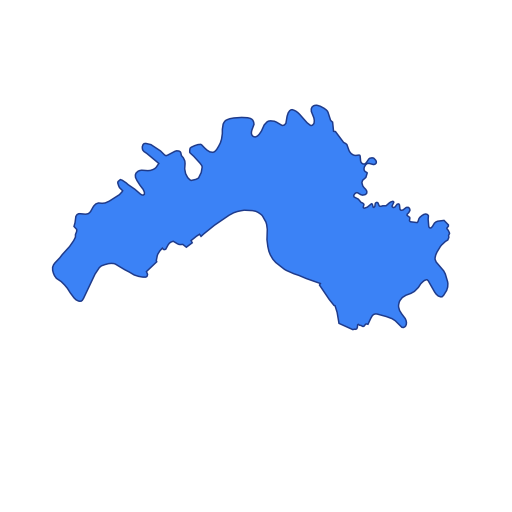 the district of Kim Thanh, Hải Dương, Vietnam, rotated 316°
{"feature_id": "81297802B3696641207460", "entity_name": "Kim Thanh", "entity_type": "district", "adm_level": 2, "iso_a3": "VNM", "parent_name": "Vietnam", "parent_adm1": "Hải Dương", "projection": "albers", "projection_center": [106.496, 20.927], "detail": "fine", "context": "isolated", "style": "filled", "palette": "blue", "viewbox_px": 512, "rotation_deg": 316, "n_neighbors": 0, "source": "geoboundaries", "source_scale": "gbopen_adm2", "svg_char_len": 6153}
<svg xmlns="http://www.w3.org/2000/svg" viewBox="0 0 512 512"><g transform="rotate(316 256 256)"><path d="M404.1,212.9L403.9,211.5L404.0,210.0L407.6,202.7L408.0,201.3L408.0,199.6L407.6,197.1L406.3,193.0L405.1,190.8L404.3,189.6L402.9,188.5L401.6,187.9L399.7,187.8L397.9,188.6L396.2,190.5L393.6,196.8L392.1,199.0L390.4,200.5L389.4,201.0L387.5,201.1L386.6,200.7L385.9,199.9L385.3,195.7L385.8,184.3L385.7,181.8L385.3,179.5L384.6,177.6L383.7,175.9L382.8,175.2L381.1,174.9L378.6,175.4L375.4,177.1L369.7,181.3L367.4,181.5L365.8,180.6L365.4,180.0L363.7,173.9L362.8,171.8L360.3,168.8L358.6,167.6L357.1,167.2L353.0,167.4L346.7,169.9L342.8,170.7L340.4,170.7L338.3,170.0L337.4,168.9L336.9,167.4L337.1,166.1L337.7,164.8L338.9,163.6L340.6,162.5L346.0,159.9L347.3,158.1L348.0,156.2L348.0,154.8L347.5,153.1L346.0,150.7L342.0,146.4L335.9,141.3L332.6,139.1L330.6,138.2L328.7,137.5L327.4,137.4L325.8,137.7L324.0,138.3L319.8,141.5L316.8,144.6L312.4,148.0L308.9,149.9L305.4,151.1L301.6,152.1L299.4,152.2L298.4,152.1L297.0,151.5L295.1,149.0L294.3,145.8L294.1,142.6L294.1,138.4L293.8,137.3L291.6,135.5L288.5,134.0L285.1,132.8L283.5,132.7L281.9,133.8L280.4,135.3L280.2,136.3L280.5,141.0L280.2,150.5L279.8,153.3L279.1,154.6L274.6,157.9L268.8,160.0L266.1,159.2L261.8,156.6L261.4,155.4L261.3,152.8L261.5,151.5L262.6,147.8L265.2,143.8L269.1,140.3L270.8,138.2L271.9,135.0L272.1,132.0L273.7,129.3L273.9,128.4L273.5,127.0L272.0,125.2L270.5,124.4L262.6,122.1L261.0,121.4L260.6,120.6L260.4,119.3L260.3,114.1L257.8,102.9L254.9,98.4L253.5,97.4L252.1,97.4L250.0,98.5L248.8,99.9L248.2,100.9L248.1,101.8L248.0,103.0L248.7,106.4L250.4,121.9L245.6,122.9L243.9,122.8L242.1,122.3L239.5,121.1L237.5,119.5L233.3,114.8L231.6,113.7L230.1,113.1L227.6,113.0L226.7,113.3L225.5,113.9L223.9,115.8L222.8,119.1L221.7,124.6L221.1,129.7L220.1,132.5L218.5,134.1L217.1,133.8L216.4,132.9L215.9,131.4L215.2,123.7L213.6,115.9L213.4,113.2L212.4,108.6L211.5,106.8L208.5,106.6L207.4,107.3L207.0,108.0L206.0,110.0L205.3,112.0L205.4,116.5L204.0,116.8L200.3,117.0L188.5,114.6L184.4,113.1L182.0,111.3L179.5,108.4L177.0,107.3L174.5,107.3L172.9,107.6L167.9,109.1L166.3,109.2L164.7,109.0L162.5,107.6L158.6,103.1L157.6,102.3L156.0,101.9L153.9,102.4L149.0,106.3L145.6,108.3L145.5,112.3L145.0,112.9L143.8,113.9L141.1,115.1L139.2,117.0L135.5,118.3L128.5,119.7L117.6,120.4L113.7,121.0L106.5,121.3L104.3,121.7L101.9,122.8L99.8,125.0L98.4,127.5L97.4,130.1L96.9,133.4L98.1,139.0L98.2,143.9L97.9,148.1L96.8,153.5L96.0,159.8L96.1,162.5L97.0,165.0L97.6,165.9L98.8,167.0L100.2,167.2L102.4,166.7L127.6,157.2L135.3,155.5L138.0,155.7L141.5,157.3L144.7,159.1L146.8,160.8L148.5,162.7L149.2,164.0L152.0,174.5L153.7,179.5L155.2,185.0L157.4,189.1L159.8,192.4L161.9,194.5L162.9,194.9L163.8,194.8L164.9,194.1L165.3,193.8L166.3,191.1L180.6,191.2L181.0,190.1L185.3,187.1L186.8,186.4L190.4,185.5L194.1,185.3L194.0,186.9L194.3,187.5L194.8,188.0L195.9,188.4L200.6,186.9L202.7,186.6L204.8,187.0L206.7,187.9L208.0,192.7L208.6,194.1L209.6,195.3L211.4,196.8L212.0,201.3L219.3,202.2L220.0,199.8L226.8,200.4L230.5,201.1L230.1,203.7L233.8,203.8L247.5,205.0L265.1,208.0L270.0,209.4L273.6,211.1L276.5,212.9L279.4,214.9L285.0,220.9L286.9,223.7L287.8,226.1L288.4,228.9L288.6,230.9L288.3,232.5L286.7,238.5L285.5,240.8L282.6,244.7L275.2,251.9L271.1,257.4L268.6,261.5L267.1,265.1L265.9,270.0L265.7,274.4L267.2,285.3L267.8,287.4L270.9,295.0L273.4,299.8L276.5,307.1L283.2,320.5L281.5,321.0L278.5,338.1L277.8,345.7L278.3,346.7L275.2,352.9L268.9,362.1L274.5,376.2L276.2,377.2L276.8,378.0L277.7,378.3L278.4,378.2L279.4,377.7L281.3,376.1L282.1,376.2L282.4,377.7L283.4,379.1L283.7,380.5L284.1,381.1L284.8,381.5L287.6,381.2L288.4,381.8L289.1,382.9L295.4,380.5L298.3,379.7L300.1,379.8L301.8,380.7L302.9,382.0L307.7,390.1L310.3,395.5L311.2,399.3L311.4,408.6L312.3,409.8L313.7,410.3L315.0,410.3L316.6,409.6L318.0,408.4L319.1,406.7L319.9,404.6L320.6,398.8L321.4,395.0L323.1,391.8L324.5,390.3L327.1,388.6L328.7,388.0L332.4,387.5L336.7,388.4L341.5,390.5L345.3,391.5L351.0,391.4L355.3,390.4L358.2,390.4L360.2,390.6L362.2,391.5L362.6,392.0L362.7,393.4L359.5,405.9L359.1,408.6L359.3,411.3L360.4,413.6L361.5,414.6L363.6,414.6L369.2,413.2L372.3,411.5L374.8,409.2L375.9,407.7L379.7,400.4L380.7,397.0L381.4,385.5L382.5,382.8L383.4,381.8L386.0,380.1L388.9,378.9L395.4,377.2L397.2,377.0L402.3,377.1L405.1,377.7L407.6,376.6L408.9,374.9L410.8,374.3L411.3,373.5L412.1,371.1L412.3,368.9L412.8,368.5L415.1,368.2L416.0,367.3L416.0,361.0L410.9,357.2L409.2,356.5L407.2,356.3L403.5,357.3L401.7,357.4L401.1,357.2L400.5,356.4L400.6,355.0L405.3,349.2L407.9,346.9L408.1,346.4L408.1,345.2L407.3,343.7L405.7,342.7L403.5,342.2L400.7,342.0L399.0,342.4L396.4,343.8L395.1,343.9L390.9,338.7L390.8,337.6L391.1,337.0L392.7,335.9L393.4,335.0L392.9,332.0L393.0,331.5L393.9,330.9L396.0,330.9L398.3,330.2L399.2,329.1L399.5,327.7L399.4,326.9L398.2,325.7L397.5,325.4L393.7,325.0L392.2,324.0L391.9,323.3L392.1,322.3L394.7,318.9L394.9,317.8L394.6,317.4L393.5,316.8L389.9,317.3L388.6,316.7L388.3,316.2L388.2,315.1L388.7,314.5L392.4,313.1L392.7,312.4L392.4,311.7L390.4,310.7L388.8,310.4L384.4,310.2L382.0,307.9L380.4,307.1L379.6,306.2L379.5,305.3L380.6,302.6L380.6,302.1L380.1,301.3L379.2,301.0L378.4,301.0L375.9,302.9L374.5,302.9L374.2,302.3L374.4,301.8L375.7,299.5L375.3,298.6L370.0,298.2L367.2,296.9L366.8,296.1L367.1,295.3L368.7,294.4L369.5,293.8L369.6,293.3L369.5,292.0L368.8,290.4L369.1,286.2L367.6,281.8L367.9,280.8L368.4,280.3L370.6,279.8L371.9,280.1L372.6,280.5L373.0,281.1L374.0,284.7L374.9,286.2L377.0,287.6L377.7,287.8L379.1,287.8L380.3,286.9L380.9,285.8L381.2,284.2L381.2,281.7L381.5,279.7L383.1,276.8L385.3,275.6L389.6,275.8L393.4,273.7L393.8,273.2L393.2,271.1L393.3,269.8L394.1,268.4L395.8,267.2L398.2,266.6L399.4,266.6L400.7,267.0L401.9,268.3L404.0,271.8L405.2,272.6L406.6,272.7L407.3,272.5L408.3,271.4L408.6,270.3L408.7,267.7L408.3,266.7L407.3,265.7L405.7,264.7L404.5,264.6L400.0,265.5L398.4,265.4L397.8,265.1L397.0,264.2L396.6,263.0L396.6,261.7L397.2,260.4L400.3,256.5L400.6,255.7L400.3,255.0L397.5,252.9L396.8,252.0L396.2,251.0L395.6,248.5L395.7,246.7L396.1,244.9L398.8,238.9L398.6,237.3L397.9,235.1L399.6,221.7L398.4,220.2L404.1,212.9Z" fill="#3b82f6" stroke="#1e3a8a" stroke-width="1.5"/></g></svg>